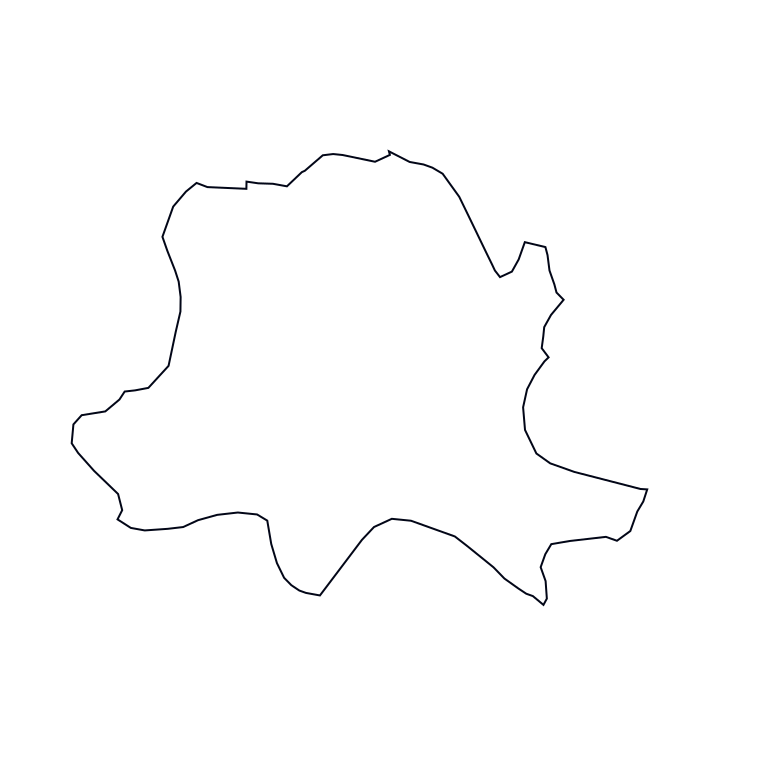 Minuf City, Al Minufiyah, Egypt (Robinson projection), rotated 288°
{"feature_id": "37247803B55746965305944", "entity_name": "Minuf City", "entity_type": "district", "adm_level": 2, "iso_a3": "EGY", "parent_name": "Egypt", "parent_adm1": "Al Minufiyah", "projection": "robinson", "projection_center": [30.931, 30.462], "detail": "fine", "context": "isolated", "style": "outline", "palette": "ink", "viewbox_px": 768, "rotation_deg": 288, "n_neighbors": 0, "source": "geoboundaries", "source_scale": "gbopen_adm2", "svg_char_len": 1546}
<svg xmlns="http://www.w3.org/2000/svg" viewBox="0 0 768 768"><g transform="rotate(288 384 384)"><path d="M519.6,528.8L524.3,519.8L531.3,515.3L543.1,506.3L557.1,499.7L564.1,495.2L562.4,474.1L544.1,473.6L530.4,470.9L521.5,461.3L526.2,454.4L531.0,449.9L540.4,440.8L554.6,427.2L568.8,413.6L585.3,397.7L602.1,374.8L604.7,363.2L605.0,353.8L603.1,339.8L606.8,316.8L603.7,318.8L592.6,306.8L589.0,273.9L587.0,264.6L582.6,255.1L562.3,242.8L560.1,240.4L542.0,230.6L540.1,216.5L536.0,202.4L534.0,190.7L527.1,192.8L516.7,155.2L517.3,143.6L505.8,136.2L487.6,128.7L455.5,127.8L443.7,136.8L427.3,150.3L417.9,157.1L403.9,163.7L390.0,168.0L369.3,169.8L334.7,173.5L307.5,161.1L301.0,149.2L296.7,139.7L287.5,137.2L271.8,127.4L260.9,106.1L249.6,101.1L231.1,105.3L223.9,114.4L211.8,135.1L197.2,165.1L183.1,174.0L172.9,172.4L168.9,187.7L170.8,201.7L179.4,223.0L185.9,237.2L197.0,249.2L208.0,265.8L216.6,284.7L220.7,303.6L218.0,315.2L197.0,326.2L180.6,337.5L168.8,348.9L164.0,358.1L161.4,367.3L161.2,374.3L163.1,388.4L172.3,391.6L229.0,411.2L244.9,418.7L258.2,433.1L262.3,451.9L260.9,498.5L255.9,512.4L243.5,544.8L236.2,558.6L231.1,574.8L228.5,584.1L228.3,591.1L223.2,603.9L230.2,605.2L246.5,598.6L258.2,589.6L272.0,590.0L283.4,592.6L292.1,609.2L307.2,642.3L306.9,654.0L320.3,663.7L327.2,663.9L341.0,664.3L352.4,666.9L365.1,666.9L363.4,660.3L359.2,592.3L359.9,566.6L365.0,550.4L383.9,532.3L404.8,523.5L423.2,521.7L439.2,524.4L455.1,529.6L460.2,532.3L466.8,522.9L478.4,520.8L487.6,518.8L501.3,521.5L519.6,528.8Z" fill="none" stroke="#020617" stroke-width="2"/></g></svg>